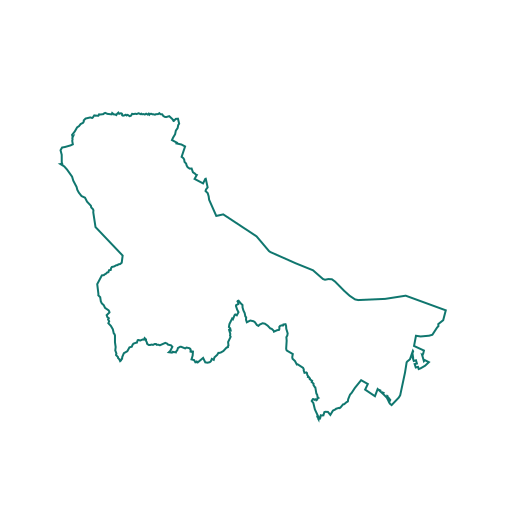 the district of Ramnicu Valcea, Vâlcea, Romania, rotated 252°
{"feature_id": "2599482B78042684823285", "entity_name": "Ramnicu Valcea", "entity_type": "district", "adm_level": 2, "iso_a3": "ROU", "parent_name": "Romania", "parent_adm1": "Vâlcea", "projection": "equal_earth", "projection_center": [24.36, 45.075], "detail": "fine", "context": "isolated", "style": "outline", "palette": "teal", "viewbox_px": 512, "rotation_deg": 252, "n_neighbors": 0, "source": "geoboundaries", "source_scale": "gbopen_adm2", "svg_char_len": 6050}
<svg xmlns="http://www.w3.org/2000/svg" viewBox="0 0 512 512"><g transform="rotate(252 256 256)"><path d="M382.1,222.4L385.1,219.5L387.6,215.2L388.2,215.8L392.2,211.9L394.2,213.7L396.8,216.7L400.0,218.5L401.9,221.0L404.6,222.5L405.6,223.8L410.7,224.2L411.2,222.1L410.6,221.3L410.7,220.0L409.9,219.7L409.9,219.3L412.0,218.8L415.8,216.7L415.9,213.5L416.4,212.4L417.8,211.1L419.7,210.6L420.4,208.9L421.7,208.2L421.2,206.8L421.8,204.5L421.6,203.6L422.6,202.0L422.7,201.4L423.7,200.2L423.8,198.9L423.4,198.3L424.5,198.0L423.9,196.8L425.3,195.5L424.9,194.0L425.7,193.0L426.0,191.4L426.8,190.9L426.6,190.0L428.0,188.5L427.9,186.3L428.6,185.2L428.8,183.4L429.5,182.1L428.1,180.5L428.0,179.1L429.9,177.5L429.7,176.3L430.6,175.8L430.4,173.6L430.7,172.6L431.2,172.2L432.5,172.5L433.1,172.2L433.5,171.6L433.5,169.8L434.9,169.4L433.9,167.4L433.2,166.7L434.2,165.7L434.5,164.6L436.4,163.4L435.3,162.5L437.1,158.6L438.7,156.8L438.6,155.6L438.1,154.7L438.6,152.0L439.2,150.5L438.3,149.8L438.1,149.2L438.7,148.1L438.9,146.9L439.5,146.3L439.7,145.6L438.2,143.7L437.9,142.8L439.0,141.2L439.4,136.4L438.2,134.1L437.0,133.7L436.1,132.6L435.7,130.0L434.2,127.8L433.6,125.6L430.5,122.2L428.0,118.5L425.9,118.4L426.0,118.7L424.9,117.7L423.9,117.7L422.3,116.8L418.8,116.3L418.5,113.7L418.7,107.9L419.1,105.1L417.0,102.8L412.3,102.5L405.1,100.2L403.7,100.2L403.9,98.4L400.5,101.3L396.6,103.0L388.3,105.6L384.1,105.5L377.1,106.7L374.2,106.5L371.0,107.1L366.9,108.6L364.3,111.4L359.9,112.1L354.8,114.5L353.1,114.3L350.9,115.4L349.7,115.5L347.7,114.7L333.1,112.3L297.6,129.3L291.1,126.2L290.3,124.2L290.6,122.5L290.1,121.5L290.4,120.3L289.9,117.8L290.1,115.5L289.2,114.4L287.6,113.5L287.9,111.8L286.2,110.6L286.3,109.2L285.6,108.1L285.2,106.1L284.8,105.4L285.2,103.4L278.3,96.3L268.6,94.4L267.3,93.9L265.0,95.1L260.8,94.4L258.6,94.7L256.3,96.0L253.3,96.4L249.9,99.0L248.7,99.3L247.6,99.2L245.9,95.7L243.7,95.8L242.3,96.8L241.3,95.7L239.3,96.2L237.7,94.8L234.3,96.4L230.5,97.2L226.3,96.8L225.4,97.3L224.0,97.3L217.5,95.2L212.8,94.4L209.7,93.0L206.4,93.1L205.1,92.3L202.5,93.5L201.6,93.3L200.0,94.1L198.0,94.3L198.4,95.3L199.7,96.5L199.7,96.9L201.3,97.6L204.4,100.3L205.2,104.2L208.2,107.4L208.1,109.8L209.8,111.3L210.5,112.3L210.6,114.9L210.4,115.9L212.5,117.5L212.4,118.4L211.4,119.7L211.6,122.6L211.0,123.6L212.3,124.7L210.6,125.6L209.4,125.2L207.6,125.5L206.2,125.3L204.6,126.4L204.1,127.7L204.0,129.3L203.3,130.6L203.6,132.4L203.4,133.1L203.1,133.8L202.3,134.0L201.8,135.7L200.8,137.0L201.4,142.9L200.0,144.5L198.9,144.9L197.3,147.6L195.5,148.4L192.3,145.2L191.4,143.4L190.1,146.1L190.1,147.0L190.6,147.2L189.1,150.0L189.7,150.3L190.7,152.0L192.6,153.3L193.1,155.8L192.9,156.6L190.0,160.1L190.4,161.6L189.0,164.0L188.1,164.8L187.3,164.6L186.7,164.9L185.3,164.2L184.7,165.2L184.9,165.9L184.6,166.5L180.9,165.0L177.6,162.7L176.1,165.0L173.6,165.5L173.4,166.3L173.9,167.1L172.8,167.7L175.4,174.2L170.5,174.9L169.5,176.9L169.3,179.2L169.8,180.5L171.8,182.2L170.3,183.7L172.4,185.1L174.0,188.6L175.5,190.3L175.2,190.8L175.1,192.7L175.7,195.6L177.9,199.5L178.0,201.1L178.7,201.2L179.3,202.1L182.8,202.9L187.0,206.9L188.3,206.7L189.9,207.5L194.9,207.6L193.4,208.3L193.1,208.9L195.2,209.1L196.8,208.3L199.5,209.7L203.9,214.0L203.0,214.5L206.4,217.4L206.8,218.2L205.5,219.4L208.0,222.0L210.8,221.5L214.7,221.5L215.4,221.9L215.8,224.4L217.6,224.7L218.6,224.4L218.9,224.8L218.9,225.6L215.8,226.8L213.6,228.0L211.2,227.3L208.1,227.2L205.2,227.6L201.8,227.2L200.7,227.7L198.5,226.8L195.8,226.8L196.4,230.6L194.7,233.5L193.4,234.5L190.1,235.5L188.8,236.7L189.6,238.2L190.0,241.5L188.9,243.5L186.1,245.6L182.7,247.2L181.9,248.4L179.5,249.7L178.5,249.7L178.9,253.2L178.6,255.0L179.4,255.7L181.4,256.3L182.1,257.4L182.1,259.1L181.5,260.1L181.8,260.6L182.4,260.9L182.0,263.0L180.2,263.0L177.5,262.3L172.6,262.2L170.7,261.2L169.4,259.8L166.0,259.0L158.7,256.1L157.3,255.9L156.4,256.2L151.4,260.7L148.6,259.2L147.0,259.0L144.1,260.6L140.2,261.3L140.2,262.0L139.8,262.4L135.1,266.2L133.4,266.4L132.5,266.0L129.9,266.0L129.7,267.9L129.0,268.3L127.0,268.0L125.7,268.4L124.9,268.0L124.3,269.0L123.6,269.0L122.9,269.5L122.2,269.1L119.9,270.8L119.0,270.0L116.8,271.3L115.6,270.8L113.1,271.4L112.7,271.8L106.4,270.9L105.4,271.3L102.8,271.0L101.8,271.5L101.7,270.5L100.5,269.8L100.2,268.8L101.0,268.7L101.4,268.2L101.2,267.1L102.1,266.5L102.3,265.8L100.9,264.2L98.5,265.1L92.0,264.6L84.5,265.5L84.2,265.3L84.3,264.7L83.9,264.7L83.4,264.8L83.1,265.6L81.8,264.9L81.3,265.0L82.0,265.3L82.2,265.9L81.6,266.5L82.4,267.3L83.4,267.5L84.5,268.4L83.8,269.4L84.0,270.5L83.7,270.9L86.4,272.8L86.4,273.8L85.5,276.2L81.9,277.6L85.2,281.4L85.6,284.3L86.0,284.9L85.9,288.1L85.5,288.5L85.8,289.5L88.0,293.0L87.8,294.1L88.9,296.6L89.3,298.4L91.3,299.4L95.1,302.6L96.3,304.7L100.0,309.3L105.4,317.6L99.7,322.8L95.2,318.5L85.9,325.8L91.9,330.6L89.6,331.9L90.1,332.3L89.7,332.7L89.1,332.2L86.5,333.7L87.1,334.2L86.4,335.0L85.7,334.2L81.1,336.5L82.4,337.5L82.0,337.8L80.4,336.7L78.6,337.0L80.1,338.2L79.7,338.4L78.1,337.1L77.1,337.2L78.7,338.8L77.6,339.2L75.8,337.4L74.2,337.7L72.3,338.9L77.2,348.0L79.0,350.1L99.1,361.7L108.3,366.4L108.9,367.2L110.2,370.5L117.3,375.9L116.8,376.0L113.8,373.7L113.7,374.5L110.7,374.0L110.7,373.6L107.4,373.6L107.4,375.9L104.0,375.8L104.2,373.5L100.6,373.5L100.5,375.8L98.2,375.8L98.3,377.8L99.4,382.9L101.6,387.6L104.8,384.4L104.1,383.2L110.5,383.4L110.1,383.7L110.5,384.0L110.9,383.8L111.4,384.8L114.2,386.5L121.6,378.5L130.7,383.5L128.6,387.7L126.7,396.0L126.6,399.4L132.0,406.1L132.9,407.8L134.9,408.3L137.1,414.2L145.7,419.7L172.0,386.1L175.3,365.6L182.5,339.6L184.1,336.8L189.2,332.8L195.6,329.1L207.2,323.3L210.4,321.0L211.7,317.7L212.1,314.3L213.4,312.6L224.8,305.8L236.8,291.5L255.2,271.0L256.6,269.9L274.5,262.6L305.7,237.7L306.4,230.6L324.0,228.8L327.3,229.4L330.7,229.5L333.4,228.1L334.7,229.0L336.2,231.2L345.0,232.1L345.0,231.6L341.4,228.1L348.3,221.4L351.3,224.7L351.7,224.1L353.2,223.4L355.1,221.9L359.1,221.8L359.6,219.9L361.6,218.4L363.5,218.0L365.5,218.1L367.6,217.1L370.0,217.5L371.6,217.1L373.3,215.9L382.1,222.4Z" fill="none" stroke="#0f766e" stroke-width="2"/></g></svg>